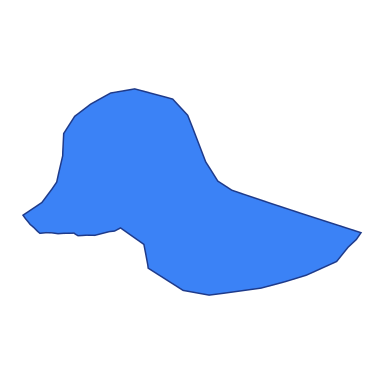 outline of Irepo, Oyo, Nigeria
{"feature_id": "59680162B43339423021624", "entity_name": "Irepo", "entity_type": "district", "adm_level": 2, "iso_a3": "NGA", "parent_name": "Nigeria", "parent_adm1": "Oyo", "projection": "albers", "projection_center": [3.871, 9.032], "detail": "fine", "context": "isolated", "style": "filled", "palette": "blue", "viewbox_px": 384, "rotation_deg": 0, "n_neighbors": 0, "source": "geoboundaries", "source_scale": "gbopen_adm2", "svg_char_len": 852}
<svg xmlns="http://www.w3.org/2000/svg" viewBox="0 0 384 384"><path d="M23.0,215.2L25.5,218.7L28.1,221.8L30.2,224.5L34.0,227.7L37.6,231.4L39.9,233.3L45.9,232.7L51.7,232.8L58.0,233.7L63.7,233.3L71.7,233.2L74.0,233.1L75.3,234.1L78.0,235.7L82.1,235.5L86.4,235.2L94.9,235.3L109.4,231.6L114.2,231.1L115.0,230.8L120.5,227.9L143.9,244.4L145.9,254.8L147.8,265.0L148.2,268.2L183.1,290.4L209.1,295.1L223.2,293.3L261.0,288.1L285.4,281.6L306.5,275.1L336.6,261.5L348.1,247.2L356.4,239.4L361.0,232.7L310.8,216.5L299.0,212.7L270.8,203.4L243.7,194.3L231.8,190.2L217.8,181.1L210.3,169.1L205.7,161.9L192.7,128.0L187.7,115.3L172.7,99.1L165.9,97.2L157.6,95.0L134.7,88.9L110.7,93.0L100.4,98.7L99.3,99.3L90.7,104.1L74.7,116.3L63.7,133.5L62.8,152.1L62.7,155.8L58.7,173.0L56.7,182.1L52.0,189.0L41.9,202.5L23.0,215.2Z" fill="#3b82f6" stroke="#1e3a8a" stroke-width="1.5"/></svg>